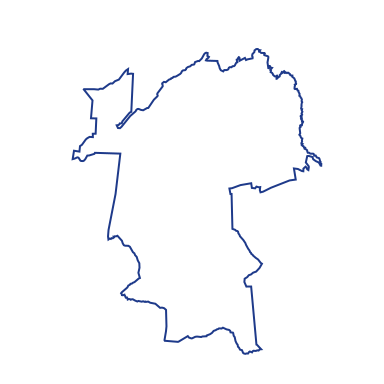 outline of Bau Bang, Bình Dương, Vietnam, rotated 189°
{"feature_id": "81297802B44215588050468", "entity_name": "Bau Bang", "entity_type": "district", "adm_level": 2, "iso_a3": "VNM", "parent_name": "Vietnam", "parent_adm1": "Bình Dương", "projection": "natural_earth1", "projection_center": [106.592, 11.27], "detail": "fine", "context": "isolated", "style": "outline", "palette": "blue", "viewbox_px": 384, "rotation_deg": 189, "n_neighbors": 0, "source": "geoboundaries", "source_scale": "gbopen_adm2", "svg_char_len": 5967}
<svg xmlns="http://www.w3.org/2000/svg" viewBox="0 0 384 384"><g transform="rotate(189 192 192)"><path d="M315.5,276.9L304.6,266.9L303.3,249.0L298.0,249.7L296.3,234.5L299.1,234.0L298.5,230.7L301.8,230.4L303.9,228.7L305.1,227.3L308.1,221.4L309.8,219.8L309.5,214.3L315.0,214.3L315.0,205.8L313.2,206.6L310.8,208.2L310.1,208.3L309.2,207.9L307.2,205.6L306.4,205.3L304.5,205.5L303.7,206.0L302.6,207.6L301.1,211.6L299.3,212.0L294.4,214.4L294.0,215.5L268.8,218.7L267.2,178.0L268.5,141.4L268.0,135.0L267.1,132.0L266.0,133.1L264.8,132.9L264.3,133.8L263.0,133.9L262.0,134.9L262.4,135.6L261.7,135.7L261.5,136.1L260.1,136.3L258.8,137.1L253.6,132.9L252.4,130.5L251.0,128.8L249.7,128.5L246.4,128.9L244.8,128.2L240.9,123.3L239.3,122.4L238.3,120.7L236.5,119.3L234.9,116.0L232.9,113.4L232.0,109.0L232.3,103.8L230.0,98.9L231.1,98.2L234.7,94.0L236.2,93.1L237.2,92.0L238.4,91.7L238.9,90.6L240.3,89.6L240.9,87.6L245.7,81.9L246.2,80.9L245.5,80.3L245.1,79.2L244.1,79.2L242.8,79.9L242.7,79.5L242.1,79.3L240.9,77.3L239.7,77.6L239.3,76.7L238.8,76.6L238.6,75.8L237.7,76.4L236.6,76.5L235.7,76.0L234.7,76.6L233.7,76.8L231.3,75.9L228.9,75.3L227.9,76.0L224.5,75.8L223.2,76.4L221.7,76.1L221.1,76.5L220.5,76.2L218.1,76.9L216.0,76.1L210.7,75.9L205.4,72.6L203.6,73.1L202.1,73.0L201.2,72.8L199.2,71.5L196.2,55.3L195.9,50.4L196.0,41.4L195.6,40.8L182.4,41.8L181.7,42.2L173.6,49.0L172.1,47.7L169.7,47.3L169.0,47.5L166.1,49.5L164.4,50.0L160.2,50.2L159.2,50.9L155.1,51.8L155.0,52.6L151.9,54.4L150.2,56.0L148.9,58.2L146.9,59.3L146.0,60.2L144.8,60.7L144.0,61.5L141.3,61.8L140.5,62.7L140.2,62.8L136.3,61.7L133.9,61.6L132.6,60.9L132.0,59.4L129.6,59.5L129.3,59.2L128.3,56.5L127.1,55.3L125.7,51.6L124.1,49.2L123.1,48.4L122.4,46.4L121.3,45.7L119.9,43.8L117.9,43.6L116.4,41.1L115.4,40.6L114.0,40.5L112.8,41.1L111.4,41.2L110.6,42.9L109.9,43.5L107.6,43.0L107.2,44.1L106.5,44.8L104.1,45.0L102.8,45.8L101.4,45.8L100.6,47.1L99.1,47.5L104.0,51.3L104.5,51.4L118.8,107.9L123.5,107.1L126.2,111.3L126.4,114.6L124.1,116.6L122.9,118.7L120.8,119.8L119.0,121.9L116.2,123.4L113.4,127.6L111.7,132.1L113.0,132.7L116.2,135.7L118.7,136.9L121.9,138.9L122.3,139.5L123.8,140.2L124.2,141.1L125.3,141.8L126.0,143.1L127.7,144.8L130.4,148.3L131.3,149.9L133.8,152.6L137.7,155.8L138.4,157.1L139.7,158.4L140.3,160.0L141.0,160.5L142.4,160.6L143.5,161.4L146.3,161.9L152.6,196.2L153.7,196.0L155.6,201.3L153.1,202.0L145.2,206.4L134.9,209.9L133.5,205.4L130.2,205.5L129.2,207.4L126.6,207.1L125.4,207.5L125.3,204.5L124.3,202.4L121.9,203.4L114.6,208.6L97.4,218.7L91.5,220.5L95.0,231.2L91.0,231.3L86.7,229.9L85.3,229.9L85.6,232.5L83.8,234.8L82.7,234.0L81.7,232.4L80.5,231.9L80.5,234.9L80.8,235.7L84.2,239.0L83.8,245.5L82.5,245.9L78.5,245.4L77.4,243.3L74.4,241.8L72.0,241.2L70.9,240.5L69.2,238.2L68.5,238.2L68.7,240.1L69.7,240.6L69.7,241.9L70.3,242.5L71.3,244.7L71.8,245.3L74.2,245.7L75.6,247.4L76.9,247.0L77.8,248.6L78.4,248.8L81.2,248.4L82.5,249.1L83.8,248.9L84.5,250.1L84.8,251.2L86.0,252.0L87.6,252.3L87.8,252.7L87.4,253.5L88.5,253.7L89.1,254.7L90.0,254.8L90.5,255.6L90.9,255.6L90.9,256.0L90.4,256.7L91.5,256.9L91.5,257.9L91.1,258.9L91.5,260.0L91.4,262.1L92.3,262.3L93.5,263.7L93.8,264.5L94.9,265.3L94.3,266.9L95.7,271.9L95.7,272.3L94.8,273.4L94.9,273.7L95.5,273.9L95.6,274.6L95.3,275.0L93.9,275.2L93.9,276.8L93.2,278.7L93.3,278.9L94.4,278.8L94.5,280.2L95.4,280.7L95.7,281.3L95.0,281.7L95.0,282.1L95.9,282.7L95.6,283.4L96.5,283.8L96.5,284.3L95.3,285.4L95.3,285.7L96.1,286.8L95.5,288.5L96.4,289.7L96.2,291.1L97.2,291.3L97.3,291.6L97.2,294.2L97.5,294.8L97.5,297.3L97.2,298.0L98.0,299.0L97.9,300.4L98.6,301.7L99.4,302.2L100.1,303.5L101.0,303.8L101.1,305.8L102.3,307.3L102.8,308.7L103.6,308.8L104.5,310.3L106.4,309.8L106.9,310.1L107.1,312.0L106.9,313.2L107.3,314.1L106.1,314.9L106.1,315.4L106.6,316.0L106.8,317.5L107.3,317.8L108.7,320.2L111.1,321.6L111.1,322.7L113.0,322.7L113.3,322.9L113.7,323.8L114.5,324.1L115.3,324.8L115.9,324.9L116.8,324.3L118.1,324.8L118.7,324.1L119.1,324.1L119.5,324.4L119.5,325.5L119.9,325.8L120.8,325.0L121.2,323.9L122.1,324.4L122.7,322.4L123.6,321.2L123.5,319.9L125.1,318.4L125.6,317.4L126.2,317.1L126.4,317.8L125.8,319.0L126.1,320.2L126.5,320.1L126.9,319.3L128.5,319.2L130.4,320.5L130.7,321.3L131.6,322.2L133.1,322.7L133.0,324.2L133.7,324.7L132.4,327.1L133.7,327.2L134.8,328.6L135.5,328.5L135.6,327.6L135.4,326.3L136.0,326.3L137.7,331.8L137.6,336.6L137.9,337.7L138.6,338.0L142.0,338.5L142.2,339.2L141.8,340.3L142.2,340.6L145.5,340.2L146.7,341.0L147.7,341.1L147.8,341.6L147.0,342.7L148.4,342.8L149.1,343.4L149.6,343.5L150.9,343.2L152.4,341.6L152.3,340.0L153.9,337.6L153.9,335.7L153.2,334.8L153.1,333.5L157.9,331.7L159.3,330.8L160.7,332.7L165.6,329.0L165.9,331.6L166.5,332.4L166.9,332.5L167.7,331.0L167.9,329.8L168.5,329.6L167.7,327.1L168.3,326.8L168.7,326.2L169.5,323.7L170.2,322.9L171.7,322.5L172.5,321.4L174.2,321.2L175.0,320.5L175.4,318.8L175.8,318.5L176.7,317.9L179.2,317.5L180.0,316.0L182.6,316.8L183.9,318.4L184.9,320.7L187.0,324.0L187.4,325.4L197.6,324.1L198.8,324.2L198.4,325.5L196.7,327.3L196.4,328.1L198.1,328.8L198.3,331.7L199.8,331.8L200.7,331.2L201.5,330.1L203.2,325.4L205.4,322.4L206.5,322.4L209.3,320.8L209.7,318.6L210.0,318.2L212.2,317.5L213.4,315.9L215.6,314.8L216.7,313.7L217.1,313.0L217.1,312.2L217.8,311.3L219.9,310.7L220.9,309.6L221.3,308.0L222.1,306.8L224.9,304.4L226.2,303.4L228.3,302.8L229.1,301.6L230.3,301.1L230.6,300.3L232.2,299.5L235.1,296.3L236.9,296.4L238.1,295.1L238.4,294.7L238.4,294.1L237.7,293.0L237.5,291.7L241.5,284.2L241.7,283.2L241.0,282.0L241.1,281.2L244.1,277.2L248.3,268.2L249.5,267.9L253.0,265.1L255.2,265.1L257.7,265.7L258.9,265.4L260.0,264.1L260.3,262.9L264.9,257.4L271.8,245.4L273.1,243.8L275.1,243.6L276.8,246.1L275.0,246.7L274.4,247.5L274.1,248.4L273.1,248.5L272.2,249.0L271.8,250.9L266.5,259.8L265.8,260.8L264.5,261.7L268.7,299.5L270.7,299.4L274.0,298.4L274.4,303.4L276.3,301.6L277.7,299.4L281.8,291.6L285.4,289.4L287.5,286.7L289.4,286.5L290.8,285.5L296.2,280.0L298.9,279.6L300.6,278.5L305.0,278.2L314.8,276.6L315.5,276.9Z" fill="none" stroke="#1e3a8a" stroke-width="2"/></g></svg>